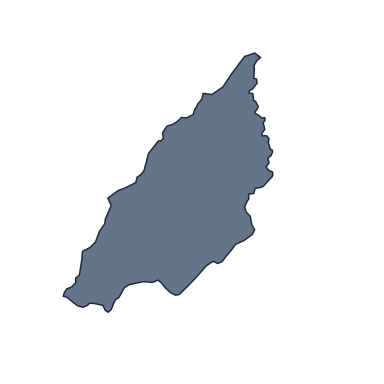 Noun, Ouest, Cameroon, rotated 206°
{"feature_id": "32672807B7266662414716", "entity_name": "Noun", "entity_type": "district", "adm_level": 2, "iso_a3": "CMR", "parent_name": "Cameroon", "parent_adm1": "Ouest", "projection": "equal_earth", "projection_center": [10.892, 5.601], "detail": "fine", "context": "isolated", "style": "filled", "palette": "slate", "viewbox_px": 384, "rotation_deg": 206, "n_neighbors": 0, "source": "geoboundaries", "source_scale": "gbopen_adm2", "svg_char_len": 2106}
<svg xmlns="http://www.w3.org/2000/svg" viewBox="0 0 384 384"><g transform="rotate(206 192 192)"><path d="M244.7,39.6L239.8,40.5L236.8,43.5L235.0,47.3L230.0,49.3L223.5,50.7L222.1,50.8L218.1,47.6L215.7,47.3L214.5,47.3L213.0,51.3L213.6,57.6L213.6,61.6L211.4,65.3L210.9,76.2L207.7,81.3L205.5,83.0L199.8,87.5L196.5,90.1L188.3,93.3L187.6,93.6L184.1,97.8L180.4,97.2L173.3,93.9L167.0,92.1L161.4,92.1L158.6,94.3L157.9,96.0L155.5,102.9L154.8,104.8L152.3,112.3L151.9,113.6L148.9,124.1L147.0,131.4L146.6,132.3L142.7,139.0L137.6,139.0L134.4,142.7L132.5,152.2L130.9,157.9L130.0,163.9L126.7,168.0L124.1,170.9L122.0,175.0L119.2,180.3L119.1,185.5L123.6,188.6L129.1,195.7L134.6,197.8L138.2,201.9L138.4,207.3L137.9,210.7L140.1,214.9L135.9,217.8L136.8,223.0L131.3,227.0L130.3,228.8L127.3,239.1L126.7,240.3L126.9,243.0L128.4,245.2L133.0,245.3L136.4,247.0L135.9,249.9L135.6,252.1L138.2,254.9L138.2,256.6L137.0,259.2L137.0,263.0L138.1,264.8L140.5,264.9L141.6,266.1L143.7,268.3L145.4,270.4L146.1,273.6L149.1,275.2L151.5,274.5L153.5,273.1L154.9,275.8L154.0,280.1L158.4,285.4L157.8,288.3L158.7,290.3L159.8,290.5L161.1,288.9L163.7,289.8L170.1,290.5L170.4,291.7L169.6,296.6L170.4,298.3L174.2,301.0L177.2,301.8L180.4,307.1L184.1,306.0L185.0,307.9L182.7,311.4L181.2,318.5L182.2,319.8L183.4,321.8L186.4,321.4L189.9,330.0L191.7,332.7L191.3,338.4L189.4,342.9L196.5,344.4L204.0,337.0L205.8,328.6L206.5,324.1L208.2,315.5L210.3,299.8L211.8,297.3L213.8,293.7L214.9,291.7L216.8,288.4L225.1,285.5L223.9,279.8L225.4,273.6L225.3,270.8L225.5,269.1L225.7,267.6L224.9,262.1L229.2,256.5L230.0,256.0L231.6,255.2L234.1,254.5L236.4,248.2L239.2,244.1L243.4,240.2L244.0,235.7L244.5,232.4L241.3,227.6L242.4,224.2L244.5,223.3L248.0,207.6L244.5,190.3L245.5,185.4L247.8,181.3L246.7,175.7L253.7,166.6L259.1,160.8L264.9,149.6L258.8,144.4L258.5,141.3L258.0,129.8L256.5,125.2L257.9,116.4L256.9,105.5L256.8,104.9L259.0,98.5L259.4,97.3L264.1,91.1L264.0,89.4L261.7,83.9L257.0,68.7L257.6,65.7L258.9,63.7L256.8,59.6L258.5,53.9L262.1,50.0L262.6,44.9L261.9,41.8L260.7,42.0L258.2,42.6L249.4,40.4L244.7,39.6Z" fill="#64748b" stroke="#1e293b" stroke-width="1.5"/></g></svg>